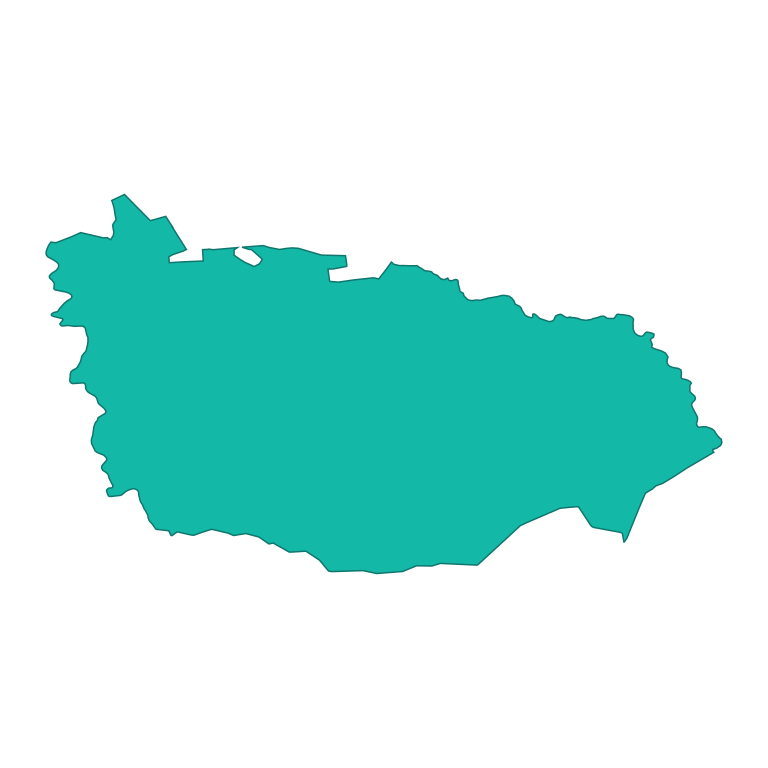 outline of Pilskalnes pag., Neretas, Latvia
{"feature_id": "27541924B3554610472983", "entity_name": "Pilskalnes pag.", "entity_type": "district", "adm_level": 2, "iso_a3": "LVA", "parent_name": "Latvia", "parent_adm1": "Neretas", "projection": "equal_earth", "projection_center": [25.154, 56.226], "detail": "fine", "context": "isolated", "style": "filled", "palette": "teal", "viewbox_px": 768, "rotation_deg": 0, "n_neighbors": 0, "source": "geoboundaries", "source_scale": "gbopen_adm2", "svg_char_len": 6008}
<svg xmlns="http://www.w3.org/2000/svg" viewBox="0 0 768 768"><path d="M50.9,242.1L48.6,245.4L46.9,249.3L46.1,252.1L46.2,254.4L46.8,255.6L48.0,257.0L53.6,260.0L56.9,262.3L58.2,263.7L58.6,264.8L58.6,266.0L58.4,267.2L57.8,268.4L56.7,269.8L55.7,270.8L51.8,273.3L49.8,275.3L49.3,276.5L49.6,278.0L52.4,280.6L54.0,282.7L54.3,283.9L53.9,288.5L54.1,289.1L54.5,289.5L55.5,290.0L65.2,291.9L68.6,293.0L69.9,293.7L71.3,295.0L71.6,295.4L71.9,296.6L71.6,297.8L71.0,298.6L67.0,301.0L64.1,303.5L59.7,308.4L57.8,311.4L57.3,311.7L54.5,312.3L53.0,312.9L51.8,313.8L51.3,314.6L51.3,315.0L51.9,315.7L53.4,316.4L61.9,318.5L62.7,319.0L63.0,319.8L62.8,320.1L59.9,323.7L59.9,324.1L60.6,325.3L62.0,326.0L68.4,325.5L74.3,326.3L81.4,326.0L83.1,326.3L84.7,327.5L85.4,328.6L86.7,334.7L87.9,337.4L88.0,341.5L87.5,344.8L86.2,350.4L85.3,351.9L83.7,353.6L81.8,356.2L80.6,361.4L77.4,367.2L76.0,368.5L72.3,370.5L71.0,371.9L70.2,374.2L70.3,375.9L69.8,380.0L70.0,381.6L71.2,383.0L72.7,383.6L82.8,382.9L84.5,383.3L85.0,383.9L85.5,385.1L85.7,388.7L87.4,391.4L88.9,392.7L95.3,396.3L96.8,398.5L98.0,402.5L98.6,403.7L104.2,408.5L105.5,410.3L106.0,411.5L105.9,412.3L105.2,413.4L98.5,417.4L97.9,418.1L97.7,419.4L97.0,420.8L96.5,421.6L95.7,422.1L94.5,424.9L93.8,427.3L92.7,435.5L91.6,438.7L91.4,440.3L91.5,442.9L91.7,443.7L95.1,450.8L95.8,451.5L97.5,452.6L103.7,455.1L105.8,457.1L106.7,458.6L106.7,459.8L106.3,460.6L102.3,465.2L101.9,466.0L101.7,466.8L101.8,468.4L102.7,470.3L105.9,472.3L107.7,473.9L108.3,475.1L109.3,478.7L110.4,480.7L111.4,483.0L112.9,485.3L112.9,486.1L112.5,487.3L111.8,487.9L108.8,488.1L107.2,489.3L106.7,490.1L106.5,490.9L107.3,493.3L108.3,495.6L108.6,496.0L109.5,496.4L110.8,496.5L119.7,495.5L120.8,495.3L121.8,494.8L125.6,491.6L128.4,490.1L131.7,489.0L134.0,488.7L136.2,489.4L138.1,490.9L138.3,491.3L139.0,496.2L140.6,501.9L142.4,504.6L144.2,508.9L145.2,510.3L148.1,515.7L148.0,517.4L148.3,518.2L149.2,520.6L149.7,521.3L152.4,524.1L153.3,525.6L156.0,529.3L168.5,530.7L169.2,531.7L170.9,535.2L171.5,535.6L172.1,535.5L176.8,532.2L177.5,531.9L190.7,534.9L192.9,535.2L194.1,535.2L200.6,532.8L210.2,529.7L211.9,529.3L228.3,533.2L233.6,535.5L245.4,533.6L246.4,533.7L258.9,537.0L268.7,543.8L269.3,543.9L272.5,543.1L273.3,543.1L289.1,552.0L290.9,552.1L305.2,551.2L306.1,551.3L319.5,560.2L328.2,570.6L329.2,571.2L332.1,571.6L362.5,570.6L363.9,570.8L376.7,573.5L402.6,571.5L416.5,565.8L431.9,566.0L440.3,563.4L477.0,565.1L478.0,564.6L480.0,562.8L520.5,525.5L527.7,522.2L559.7,508.4L560.8,508.2L571.8,507.1L577.1,506.7L578.2,506.8L579.1,507.7L590.6,525.2L591.8,526.5L593.4,527.4L619.6,532.2L621.5,532.8L622.2,533.3L622.5,533.9L623.9,542.0L624.3,542.0L626.8,538.3L628.4,534.6L628.6,533.9L639.0,508.3L645.4,493.2L651.9,489.3L656.2,485.7L662.8,483.3L675.1,475.8L687.1,467.9L713.8,452.3L712.9,451.5L712.7,450.4L712.9,449.5L713.6,449.0L713.9,449.3L714.4,448.9L716.8,448.1L720.4,445.6L721.2,444.3L721.4,443.2L721.9,442.7L721.2,439.1L720.5,438.8L717.6,435.8L715.9,433.5L714.3,430.7L712.4,429.2L710.9,428.4L705.9,426.8L703.0,426.7L699.1,427.3L697.8,426.7L697.0,425.5L696.5,423.6L697.4,420.5L697.5,417.4L697.2,416.5L692.6,407.9L691.7,405.7L691.7,404.2L692.0,403.2L695.0,399.8L695.3,398.7L695.3,397.6L694.6,396.0L691.6,393.4L690.1,391.7L689.8,390.9L690.0,387.3L689.8,386.3L690.0,385.1L691.3,383.3L690.8,382.4L689.9,381.4L687.2,380.0L685.5,379.4L682.8,379.0L681.6,378.3L681.0,377.2L681.4,374.3L681.4,372.6L680.9,370.0L680.6,369.7L678.3,368.4L673.3,367.6L670.7,366.7L669.5,366.2L668.2,364.9L667.0,363.0L667.2,361.2L667.1,360.0L668.0,356.9L665.4,353.0L661.3,350.9L654.3,348.7L651.9,347.5L651.7,346.6L652.2,345.1L652.1,344.0L650.5,340.2L650.5,339.8L650.8,338.9L653.4,337.2L654.0,335.0L654.0,334.5L653.6,333.8L651.0,332.9L647.1,332.1L646.0,332.4L645.2,333.0L644.1,334.6L642.6,336.0L641.0,336.3L639.5,336.0L637.6,335.3L635.1,333.3L634.3,332.4L633.0,328.2L633.2,326.3L633.0,323.2L633.5,319.8L633.4,319.1L632.3,317.5L629.5,315.8L622.9,314.7L620.8,314.7L618.2,314.2L617.1,314.4L616.6,314.8L614.7,317.7L613.7,318.5L607.8,318.4L606.8,318.1L604.8,316.6L603.4,316.2L602.2,316.2L600.6,316.4L597.2,317.7L593.0,318.6L591.5,319.4L586.1,320.3L581.4,319.7L579.3,319.0L578.1,318.4L574.9,317.8L570.4,317.4L570.2,317.1L569.2,317.1L568.1,317.6L566.4,317.5L564.9,316.8L561.4,314.5L560.0,314.3L557.3,315.1L555.6,316.0L555.3,316.4L554.2,319.3L553.8,319.9L552.6,320.8L550.9,321.4L549.0,321.6L539.8,318.5L535.6,314.7L533.9,313.9L533.2,314.0L532.7,314.6L532.9,316.8L532.5,317.4L531.8,317.6L529.8,317.4L527.9,316.8L524.9,315.0L522.0,310.1L521.2,308.2L520.5,307.1L519.1,306.1L515.6,304.3L515.0,303.7L514.2,301.4L513.7,300.5L511.7,298.1L509.1,296.2L504.5,295.4L501.4,295.5L497.5,296.6L487.9,298.2L480.3,300.3L476.1,300.0L472.2,300.6L469.3,300.2L467.5,299.4L465.8,297.8L463.9,295.7L463.3,293.3L460.3,291.6L459.9,291.0L459.8,289.9L458.2,283.7L458.1,281.1L457.1,279.8L455.6,279.5L451.7,280.7L449.9,280.7L449.0,280.2L448.6,279.8L448.0,278.4L447.5,278.1L445.8,279.1L443.4,279.7L442.1,279.0L441.1,279.0L438.1,276.3L437.6,275.5L433.3,273.8L431.6,271.9L429.6,271.3L425.0,270.8L421.5,268.5L418.6,266.9L417.8,266.1L417.0,265.7L410.1,265.8L401.5,265.5L400.0,265.7L393.9,264.3L393.3,264.0L392.2,262.7L391.4,262.1L386.9,268.4L378.8,278.9L373.4,277.8L353.9,279.9L338.5,282.1L329.8,281.4L329.6,281.3L328.0,269.1L333.6,268.9L346.7,266.4L346.8,266.1L346.6,263.4L345.5,255.7L321.5,255.1L298.3,248.3L291.9,247.9L286.6,248.4L279.3,249.5L278.7,249.3L269.3,247.5L263.2,245.6L242.0,247.2L248.8,249.4L251.5,249.6L259.4,256.6L262.3,259.4L259.5,263.8L254.2,266.5L244.8,262.3L240.4,259.6L234.1,255.2L234.1,249.9L237.4,247.6L213.2,249.7L208.3,249.1L207.8,249.4L202.6,249.6L203.2,260.5L203.2,260.8L202.9,261.0L184.0,261.8L169.3,262.7L168.8,256.8L172.8,254.6L183.4,251.0L186.4,249.5L172.2,226.9L172.5,226.9L165.7,216.4L150.3,220.7L124.5,194.5L111.7,200.5L112.3,201.8L114.1,207.9L115.2,215.2L116.1,219.6L113.0,224.2L112.7,225.7L113.8,232.2L113.3,235.5L110.6,239.7L107.9,238.2L107.3,237.6L103.4,237.9L80.7,232.6L71.6,236.7L56.6,242.5L55.8,242.7L50.9,242.1Z" fill="#14b8a6" stroke="#0f766e" stroke-width="1.5"/></svg>